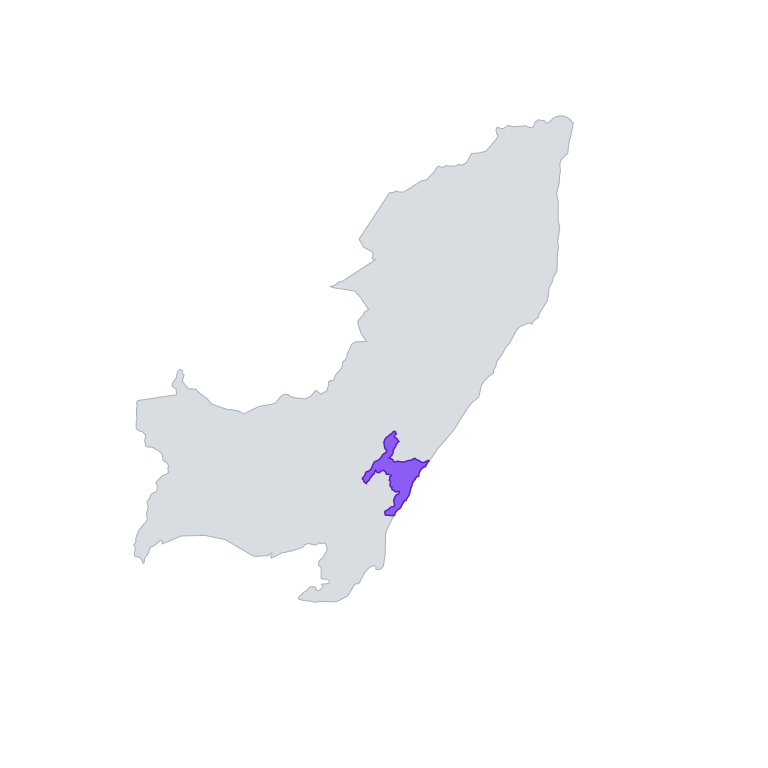 Peru, with La Libertad highlighted, rotated 236°
{"feature_id": "PER-580", "entity_name": "La Libertad", "entity_type": "Department", "adm_level": 1, "iso_a3": "PER", "parent_name": "Peru", "parent_adm1": "", "projection": "equal_earth", "projection_center": [-78.244, -7.962], "detail": "fine", "context": "in_parent", "style": "filled", "palette": "violet", "viewbox_px": 768, "rotation_deg": 236, "n_neighbors": 0, "source": "natural_earth", "source_scale": "10m", "svg_char_len": 8318}
<svg xmlns="http://www.w3.org/2000/svg" viewBox="0 0 768 768"><g transform="rotate(236 384 384)"><path d="M510.0,221.2L509.9,223.3L507.9,224.4L506.0,222.8L503.3,223.3L499.2,218.3L489.4,219.1L485.1,225.0L478.6,226.2L471.5,229.0L463.5,230.1L450.9,239.5L448.0,243.3L442.3,248.9L437.7,250.7L435.3,267.8L430.8,277.7L428.9,283.2L431.4,291.4L431.3,295.4L428.8,298.7L426.7,299.1L422.3,302.5L415.9,310.1L414.8,315.9L416.8,323.5L416.1,324.4L410.8,325.8L410.9,330.1L409.8,331.7L414.3,337.8L416.8,339.2L416.9,340.8L416.5,342.3L415.5,343.0L415.4,344.3L418.6,348.9L420.9,357.9L425.6,362.4L425.6,365.3L427.0,368.2L429.4,370.3L435.0,379.4L435.1,383.6L429.1,393.3L438.9,393.2L449.6,396.6L451.0,398.1L452.3,402.5L452.4,405.3L454.6,407.6L454.3,412.9L468.4,413.0L477.5,411.7L492.5,395.5L494.8,394.1L493.5,397.7L493.3,400.2L494.1,403.0L492.4,406.9L491.9,446.2L494.6,444.1L498.0,447.8L500.5,448.0L508.7,443.6L518.0,444.3L539.4,495.5L537.4,499.0L537.5,501.6L534.8,503.8L532.0,507.9L531.6,528.2L529.3,534.4L530.5,537.6L531.6,544.0L533.6,547.9L534.1,550.4L533.8,551.3L530.8,553.5L530.5,557.2L525.0,564.4L523.9,569.3L521.8,570.9L521.4,576.4L526.2,585.4L523.0,590.7L519.9,598.6L524.6,615.2L526.6,617.6L528.8,617.5L532.0,618.9L533.6,621.4L529.6,624.5L528.9,625.9L529.1,631.3L524.7,635.5L518.8,645.9L517.2,646.4L514.2,649.5L513.7,651.1L514.1,652.6L516.6,655.7L516.8,659.5L512.5,664.2L509.5,664.7L508.4,665.9L509.5,672.3L509.5,675.3L508.5,678.6L506.3,682.3L500.1,686.1L494.4,686.8L484.9,677.3L481.9,673.4L472.5,665.3L471.1,656.8L467.9,652.6L462.1,649.5L457.4,645.1L454.0,643.1L445.4,633.5L437.5,630.4L422.9,620.3L415.0,616.9L404.8,607.5L399.4,604.9L395.0,600.5L381.6,591.1L379.5,588.1L377.5,583.5L374.6,580.7L371.2,574.3L366.3,570.6L361.5,565.6L355.7,552.2L352.9,549.2L352.7,543.1L350.8,540.3L353.7,538.3L355.5,528.8L354.6,524.1L347.8,511.4L346.5,506.1L341.6,496.3L339.8,490.4L335.8,486.2L334.1,482.4L331.9,480.9L331.8,476.4L330.3,467.8L328.1,463.5L320.2,455.4L319.4,446.6L317.6,440.5L306.6,415.7L300.2,391.9L294.8,378.7L292.6,371.0L292.4,366.9L288.4,359.9L286.2,353.4L277.2,341.0L272.0,327.1L271.2,323.0L267.7,315.4L261.9,305.5L259.1,301.6L241.7,289.3L233.5,281.8L232.6,278.0L233.0,275.8L234.8,273.7L237.2,275.3L238.7,274.6L239.9,271.9L239.9,267.8L238.4,262.5L232.8,252.2L234.3,247.6L228.6,235.6L229.9,224.0L231.2,221.1L239.6,209.3L241.9,204.3L245.5,201.2L249.2,196.5L253.6,192.9L254.9,194.1L256.2,200.4L256.0,204.6L257.3,209.2L254.2,213.5L250.9,212.6L249.6,213.6L249.1,215.6L249.6,218.8L250.5,220.1L253.0,220.2L249.6,226.4L249.9,227.6L252.2,228.7L254.4,227.2L256.8,223.7L258.2,223.2L266.7,229.2L270.6,228.5L273.7,231.3L274.0,235.6L278.3,244.2L284.6,246.3L285.6,245.6L287.1,242.4L288.5,241.9L288.7,237.1L294.2,232.0L295.0,228.6L294.2,226.1L294.4,224.2L297.6,212.9L298.6,211.7L299.5,208.1L300.8,205.8L302.6,193.2L304.2,193.2L305.6,196.3L307.3,195.5L306.4,192.6L306.7,191.6L312.7,181.5L314.7,179.3L343.9,165.3L358.5,151.0L371.4,130.9L375.4,110.7L376.9,112.1L379.4,111.6L378.5,103.4L379.1,99.5L379.0,98.3L375.0,93.4L373.4,88.1L369.9,85.1L370.0,83.9L373.8,85.0L377.1,84.5L380.0,81.2L382.1,81.5L386.9,86.1L390.5,86.5L391.6,89.8L395.1,92.1L400.0,99.2L402.2,106.8L402.0,108.2L404.2,112.2L409.0,114.1L413.7,119.7L418.6,121.5L420.8,126.6L422.2,128.2L422.8,131.1L422.1,134.5L422.8,136.3L426.4,139.4L429.5,139.5L430.2,140.9L431.9,149.3L430.8,153.5L431.2,155.8L435.3,157.9L436.5,159.7L439.7,160.1L444.3,158.3L450.0,160.9L454.4,159.9L456.4,159.3L458.5,157.4L460.2,157.5L464.7,152.1L466.0,151.7L470.8,154.0L474.8,157.7L479.8,157.0L481.8,154.8L485.4,153.5L491.9,158.0L493.3,160.1L495.1,160.5L502.1,165.0L503.3,166.8L507.0,168.5L507.8,170.0L507.5,171.6L491.1,206.0L496.1,208.8L500.8,207.1L503.3,209.4L505.1,215.0L508.8,218.7L510.0,221.2Z" fill="#d9dde1" stroke="#a8b0b8" stroke-width="1"/><path d="M295.2,378.4L295.0,377.4L294.8,376.9L294.6,376.2L294.4,375.7L294.0,375.2L293.5,374.2L292.3,372.2L292.4,371.9L292.4,371.6L292.6,371.3L292.9,371.0L292.9,370.1L292.8,369.3L292.9,368.8L292.7,367.9L292.5,366.6L291.7,365.3L291.0,364.0L290.0,362.8L289.4,362.2L288.7,361.8L288.3,361.4L288.0,360.9L288.1,360.5L288.4,360.5L288.5,360.6L288.8,360.3L288.9,359.6L288.9,359.0L287.4,356.0L287.4,355.2L286.8,354.2L286.9,353.7L286.1,352.4L283.4,349.4L283.4,348.6L282.0,347.3L279.1,344.4L277.8,342.5L277.0,340.9L276.7,339.5L275.5,337.7L275.2,337.4L275.0,337.0L275.1,336.8L275.4,336.6L275.7,336.3L275.8,335.6L275.4,334.8L274.6,332.9L272.8,329.7L272.1,328.6L272.1,327.8L271.9,327.2L272.0,326.9L272.2,326.5L272.3,326.1L272.1,325.1L271.8,324.2L271.8,323.6L271.4,322.1L270.6,320.9L269.6,319.6L269.3,319.1L269.4,318.6L270.0,317.6L274.2,312.2L274.3,312.0L274.5,311.9L274.9,311.9L277.2,312.8L277.9,313.6L277.6,318.6L278.0,319.5L278.1,319.9L278.1,320.3L278.1,320.7L278.0,321.1L277.8,321.7L277.6,322.4L277.3,322.8L277.1,323.1L277.0,324.0L277.0,324.3L277.2,324.6L277.4,324.8L277.8,325.1L278.8,325.5L280.4,326.3L280.8,326.3L281.6,326.6L282.2,327.1L283.5,328.6L283.9,329.2L284.1,329.6L284.2,329.9L284.3,330.1L285.0,331.8L285.0,332.1L285.1,332.5L285.1,332.8L285.1,333.1L284.8,333.9L284.8,334.3L284.8,334.9L285.0,335.2L286.2,336.5L286.4,336.6L286.6,336.6L286.9,335.8L287.0,335.7L287.2,335.3L287.3,335.2L287.4,334.4L287.5,334.3L287.6,334.0L287.8,333.6L288.0,333.4L288.4,333.1L288.9,332.8L289.0,332.8L289.7,332.8L290.1,332.8L291.1,332.2L291.7,331.7L291.8,331.6L292.1,331.6L293.1,332.1L293.7,332.6L293.8,332.7L294.0,332.7L294.5,332.3L294.7,332.2L295.1,332.1L295.9,332.1L296.4,332.2L296.7,332.3L297.8,333.2L298.5,334.1L299.0,334.5L300.1,334.8L301.2,334.6L301.4,334.7L301.7,334.9L301.8,335.2L302.0,335.6L302.4,336.0L302.8,336.2L303.3,336.4L303.6,336.5L303.7,337.0L303.8,338.2L303.9,338.7L304.3,338.7L304.6,338.5L305.3,338.4L305.6,338.1L306.6,337.1L307.7,335.6L308.0,335.4L308.3,335.4L308.5,335.6L308.8,336.1L309.1,336.3L309.4,336.4L309.7,336.3L311.1,335.6L311.4,335.6L312.4,335.6L312.6,335.5L312.8,335.2L313.1,334.2L313.3,333.1L313.3,332.3L313.2,331.6L313.1,330.9L313.1,330.5L313.2,330.1L314.5,329.0L314.8,328.8L315.2,328.8L315.5,328.8L316.3,328.6L316.5,328.6L317.2,328.8L317.0,328.2L316.8,327.6L316.3,327.0L315.6,326.4L315.1,325.8L315.0,324.5L315.0,323.4L314.9,323.0L314.8,322.9L314.6,322.9L314.3,322.5L314.3,322.4L314.3,321.5L314.4,321.2L314.2,320.6L313.8,320.3L313.7,320.2L313.5,319.4L313.3,319.1L313.0,318.8L312.8,318.5L312.6,318.0L312.3,315.7L311.9,314.8L311.8,314.1L311.4,313.6L311.9,313.4L312.9,313.2L313.5,312.9L313.9,312.8L314.3,312.7L314.8,312.9L315.6,313.2L316.2,313.3L317.5,313.0L317.9,313.5L318.1,313.9L318.4,314.8L319.0,317.3L319.3,317.6L320.6,318.8L320.8,319.2L321.0,319.7L321.0,320.3L321.0,320.8L320.3,322.6L320.4,323.4L320.5,324.5L321.2,326.6L321.8,327.7L322.3,328.3L323.0,329.0L323.2,329.3L323.8,330.8L324.5,331.8L324.7,332.2L324.8,332.9L324.8,333.4L324.2,335.2L324.1,336.1L324.1,337.2L324.2,338.6L324.4,339.3L324.6,339.9L325.0,341.2L326.0,343.1L326.2,343.6L326.2,344.1L326.3,345.1L326.2,345.4L326.2,345.6L326.0,346.1L325.9,346.3L325.9,346.6L326.0,346.8L326.1,347.1L326.6,347.7L326.7,348.0L326.8,348.3L327.0,348.7L327.3,349.0L327.9,349.2L328.4,349.2L328.8,349.0L329.2,348.7L329.8,348.7L330.1,348.8L332.8,349.8L333.6,350.3L334.7,350.7L335.2,351.0L336.3,351.9L336.4,352.1L338.0,354.7L338.2,355.2L338.3,355.9L338.8,363.4L338.9,363.9L339.0,364.3L339.4,364.9L339.1,365.6L338.7,366.5L338.4,366.7L338.0,366.8L337.0,366.3L336.6,366.4L336.3,366.5L336.0,366.4L335.7,366.2L335.6,365.8L335.4,364.2L335.2,363.4L335.0,363.1L334.9,363.0L334.7,363.0L334.2,363.0L333.1,363.5L332.7,363.8L332.3,364.0L331.7,364.1L329.4,364.1L327.9,364.2L327.9,363.0L327.7,362.1L327.2,360.9L325.5,358.0L323.9,354.7L323.6,354.3L323.4,354.1L323.2,354.0L322.7,353.7L320.9,351.5L320.5,350.7L320.4,350.4L320.3,350.0L320.4,349.5L320.5,349.2L320.1,348.6L319.9,348.0L319.8,347.4L319.9,346.8L319.4,347.1L319.0,347.6L318.1,348.0L317.5,348.3L316.8,348.7L316.3,348.9L315.9,349.0L315.3,348.9L314.7,348.7L314.4,348.6L314.1,348.5L313.7,348.6L313.5,348.9L313.3,349.3L312.9,350.9L312.6,351.5L312.2,352.1L308.4,356.4L308.2,356.8L308.1,357.2L308.0,357.7L308.0,358.0L307.4,359.1L307.4,359.5L307.3,360.1L307.3,360.4L307.2,360.7L306.3,362.7L305.5,364.0L305.4,364.4L305.3,364.8L305.4,365.1L305.6,365.7L305.7,366.3L304.9,368.3L304.7,368.4L304.0,368.4L303.3,368.5L302.8,368.7L301.4,369.9L297.9,371.5L297.0,372.5L296.5,373.8L296.2,376.7L296.0,377.8L295.9,378.0L295.6,378.3L295.2,378.4Z" fill="#8b5cf6" stroke="#5b21b6" stroke-width="1.5"/></g></svg>